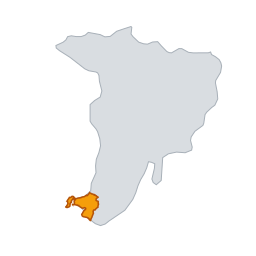 San Rafael del Yuma, La Altagracia, Dominican Republic (highlighted), rotated 99°
{"feature_id": "3306468B72129908795789", "entity_name": "San Rafael del Yuma", "entity_type": "district", "adm_level": 2, "iso_a3": "DOM", "parent_name": "Dominican Republic", "parent_adm1": "La Altagracia", "projection": "equal_earth", "projection_center": [-68.667, 18.325], "detail": "fine", "context": "in_parent", "style": "filled", "palette": "amber", "viewbox_px": 256, "rotation_deg": 99, "n_neighbors": 0, "source": "geoboundaries", "source_scale": "gbopen_adm2", "svg_char_len": 6030}
<svg xmlns="http://www.w3.org/2000/svg" viewBox="0 0 256 256"><g transform="rotate(99 128 128)"><path d="M39.8,182.2L40.1,170.1L41.6,165.1L40.3,159.9L34.2,154.3L30.5,147.2L27.3,140.9L28.0,140.0L34.7,139.7L37.0,137.4L41.5,130.9L42.4,125.7L42.1,121.8L39.2,117.1L38.1,112.2L41.7,107.9L46.4,101.6L47.1,99.2L47.0,96.8L41.6,90.1L41.2,87.3L43.8,80.1L43.6,75.3L41.2,60.5L40.0,58.3L42.4,57.0L44.0,52.6L46.2,48.7L49.0,46.5L52.2,45.2L58.6,45.3L67.4,48.8L69.8,48.7L78.3,45.6L85.3,43.9L91.9,45.8L94.6,48.5L100.0,52.7L102.7,54.0L111.3,53.9L113.7,54.4L120.8,61.4L126.9,64.2L130.5,64.3L136.8,61.6L139.9,61.7L143.5,67.7L144.2,76.3L147.2,84.1L151.8,89.1L174.6,87.0L179.6,91.2L177.9,94.6L174.7,96.4L163.8,95.6L159.1,96.0L158.2,99.4L158.1,102.5L164.5,103.3L170.7,104.9L177.0,107.4L183.4,109.1L190.7,110.2L197.8,112.1L209.7,118.2L222.9,132.3L226.4,135.5L228.7,139.9L227.6,145.3L222.9,154.2L220.2,157.1L216.4,158.8L213.7,162.5L211.1,168.7L209.6,169.2L207.7,169.0L204.5,165.5L202.3,160.0L195.9,155.0L188.4,155.6L177.2,152.6L170.5,154.1L163.8,154.4L156.9,152.9L149.9,152.3L143.0,154.2L136.3,157.5L133.8,159.6L129.5,164.6L127.2,166.5L110.8,169.1L106.1,165.3L101.8,160.3L95.5,159.6L86.4,163.5L80.7,164.9L78.3,166.6L77.7,168.5L77.6,175.6L76.3,180.0L67.3,196.3L62.3,207.8L60.2,211.4L57.8,212.1L53.4,205.5L50.7,203.1L47.2,201.9L45.8,198.4L45.8,193.4L45.0,188.5L42.9,184.7L39.8,182.2Z" fill="#d9dde1" stroke="#a8b0b8" stroke-width="1"/><path d="M201.2,146.7L200.9,146.8L200.6,147.4L200.4,147.9L200.3,148.4L199.9,148.7L199.8,148.8L199.8,149.0L199.8,149.4L199.8,149.5L199.3,150.0L199.2,150.2L199.3,150.3L199.6,150.6L199.6,150.8L199.4,151.1L199.0,151.2L198.9,151.3L199.0,151.6L198.9,152.3L198.7,152.9L198.7,153.2L198.8,153.7L198.7,154.0L198.3,154.4L198.2,155.1L197.9,155.7L198.1,155.7L198.2,155.9L198.7,156.1L198.9,156.2L198.9,156.3L199.0,156.4L199.3,156.5L199.7,156.8L199.9,156.9L200.0,157.0L200.5,157.2L200.6,157.3L201.0,157.5L201.0,157.9L201.1,158.0L200.9,158.2L201.1,158.3L201.1,158.5L201.3,158.7L201.3,158.9L201.3,159.1L201.5,159.3L201.8,159.6L202.0,159.7L202.6,160.3L203.3,162.3L203.5,162.6L203.7,162.9L203.8,163.2L203.9,163.3L204.2,163.9L204.3,163.9L204.3,164.1L204.4,164.4L204.5,164.7L204.8,165.3L204.9,166.0L205.1,166.6L205.2,166.9L205.3,167.0L205.6,167.4L205.7,167.7L205.8,167.9L205.9,168.3L205.9,168.5L206.0,168.7L206.0,169.0L206.0,169.4L206.1,169.6L206.1,169.8L205.9,169.9L205.9,170.1L206.1,170.1L206.2,169.9L206.4,169.8L206.6,169.9L206.6,169.6L206.3,169.5L206.2,169.1L206.3,168.7L206.6,168.7L206.9,168.8L207.1,168.9L207.1,169.0L207.1,169.3L207.2,169.5L207.2,169.4L207.3,169.4L207.3,169.6L207.1,169.7L207.0,169.8L206.8,169.8L206.7,169.7L206.7,169.8L206.6,170.0L206.8,170.1L207.0,170.0L207.2,169.7L207.3,169.6L207.6,169.7L207.7,169.4L207.8,169.3L208.2,169.4L208.3,169.5L208.5,169.7L208.9,169.7L209.0,169.6L209.4,169.6L209.8,169.5L210.0,169.2L210.8,169.2L211.0,169.1L211.3,169.1L211.5,169.2L211.6,169.3L211.8,169.6L212.0,169.6L212.1,169.4L212.0,169.1L212.1,168.9L212.1,168.4L212.0,168.2L212.1,167.9L212.1,166.6L212.2,166.4L212.1,166.2L212.3,166.1L212.3,165.7L212.5,165.1L212.4,164.9L212.5,164.9L212.6,164.5L212.9,163.6L213.5,162.8L213.6,162.5L213.6,162.4L214.2,161.0L214.3,160.6L214.3,160.2L214.2,159.8L213.9,159.2L213.6,158.9L213.5,158.7L213.6,158.3L213.5,158.2L213.6,157.8L213.7,157.5L213.8,157.5L213.9,157.3L214.1,157.2L214.3,157.1L214.5,157.1L214.9,157.3L215.1,157.3L215.2,157.6L215.4,157.7L215.7,158.0L216.0,158.0L216.6,158.6L217.2,158.9L217.3,158.9L218.0,159.2L218.2,159.3L218.4,159.3L218.5,159.4L218.8,159.4L219.2,159.6L219.3,159.6L219.9,159.9L220.2,160.1L220.4,160.2L220.7,160.2L221.0,160.0L221.2,159.9L221.7,159.7L222.0,159.5L222.2,159.1L222.6,158.4L222.6,157.6L222.7,156.3L222.7,154.8L222.8,154.7L222.8,154.3L222.8,154.2L222.9,153.9L223.0,153.8L223.0,153.6L223.2,153.2L223.4,153.2L223.5,153.0L223.5,152.8L223.7,152.7L223.8,152.4L224.0,152.3L224.0,152.2L224.1,151.8L224.3,151.8L224.5,151.8L224.6,151.7L224.6,151.4L224.8,151.5L225.0,151.2L225.3,150.8L225.3,150.6L224.8,150.3L223.4,150.3L223.1,150.1L222.6,150.0L221.9,149.7L221.0,149.6L220.6,149.5L219.9,149.4L219.5,149.2L218.9,149.2L218.6,149.0L217.9,149.0L217.5,148.8L217.4,148.9L216.8,149.2L216.3,149.2L215.8,149.5L215.7,149.5L215.2,149.2L214.8,149.2L214.3,148.9L214.2,148.8L214.1,148.7L214.1,148.4L214.2,148.0L214.2,147.8L213.5,147.4L213.1,147.3L212.8,147.0L212.0,146.3L211.2,145.8L211.0,145.3L210.9,145.3L210.4,145.4L208.7,145.4L208.4,145.4L208.1,145.2L207.9,145.2L207.7,145.2L206.9,145.8L205.6,145.8L205.1,146.0L204.9,147.0L204.9,147.3L204.6,148.1L204.3,148.3L202.8,148.3L202.5,148.2L201.2,146.7ZM209.9,176.7L210.1,176.2L210.8,176.0L211.0,175.9L211.3,175.9L211.5,175.7L211.9,175.5L212.1,175.6L212.9,175.7L213.4,175.8L213.7,176.1L213.9,176.1L214.0,176.2L214.1,176.3L214.3,176.3L214.5,176.4L215.0,176.4L215.1,176.7L215.3,176.8L215.3,176.6L215.4,176.9L215.5,177.0L215.7,176.9L215.9,176.9L216.0,176.6L216.1,176.3L216.0,175.8L215.9,175.3L215.9,175.2L215.7,175.0L215.7,174.9L215.5,174.7L215.4,174.4L215.3,174.2L215.2,174.0L215.0,173.8L214.7,173.5L214.6,173.4L214.3,173.2L214.2,173.2L213.9,173.1L213.0,173.4L212.8,173.4L212.6,173.2L212.1,173.3L211.9,173.4L211.6,173.4L211.4,173.2L211.2,173.0L210.7,173.0L210.6,172.9L210.3,172.3L210.0,172.2L209.7,172.2L209.4,172.1L209.6,172.3L209.5,172.5L209.2,172.5L209.0,172.4L208.9,172.5L208.5,172.4L208.1,172.2L207.9,172.1L207.5,171.6L207.3,171.5L206.8,171.4L206.7,171.3L206.7,171.2L206.3,171.2L206.1,171.0L205.8,170.8L205.7,170.9L205.4,170.8L205.4,170.7L205.2,170.6L205.1,170.4L205.0,170.6L204.6,170.7L204.3,171.1L204.2,171.3L204.2,171.6L204.3,171.7L204.3,172.0L204.2,172.2L204.2,172.3L204.3,172.3L204.4,172.5L204.5,172.6L204.6,172.9L204.9,173.0L205.1,173.3L205.5,173.8L205.5,174.1L205.8,174.4L205.9,174.6L205.9,174.8L205.7,174.9L205.7,175.0L206.0,175.1L206.3,175.2L206.6,175.4L206.8,175.5L207.0,175.5L207.4,175.7L207.5,175.8L207.8,175.9L208.1,176.0L208.3,176.2L209.2,176.6L209.6,176.7L209.8,176.6L209.9,176.7ZM212.5,170.5L212.3,170.5L212.2,170.8L212.3,170.8L212.3,170.7L212.5,170.5L212.5,170.5Z" fill="#f59e0b" stroke="#b45309" stroke-width="1.5"/></g></svg>